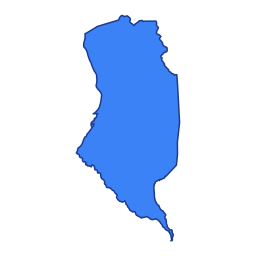 the district of Paratinga, Bahia, Brazil
{"feature_id": "56859067B27824203442391", "entity_name": "Paratinga", "entity_type": "district", "adm_level": 2, "iso_a3": "BRA", "parent_name": "Brazil", "parent_adm1": "Bahia", "projection": "mercator", "projection_center": [-43.076, -12.745], "detail": "fine", "context": "isolated", "style": "filled", "palette": "blue", "viewbox_px": 256, "rotation_deg": 0, "n_neighbors": 0, "source": "geoboundaries", "source_scale": "gbopen_adm2", "svg_char_len": 5456}
<svg xmlns="http://www.w3.org/2000/svg" viewBox="0 0 256 256"><path d="M171.1,240.6L172.1,240.6L172.5,239.8L172.2,238.4L172.5,237.5L172.8,236.4L173.3,235.4L173.0,234.3L172.8,233.4L172.1,232.4L172.1,231.6L172.2,230.9L171.7,230.0L171.0,229.8L170.1,230.1L169.3,229.1L168.8,228.4L168.0,227.9L167.6,227.2L167.3,226.5L167.1,225.4L166.7,224.4L166.4,223.4L166.4,222.6L166.3,221.2L166.2,220.0L165.9,219.1L164.9,218.6L164.8,217.8L164.9,217.0L165.3,216.0L165.7,215.1L165.2,214.0L164.6,213.1L164.0,212.6L163.6,212.0L163.0,211.0L161.8,210.4L160.7,209.6L159.9,208.2L159.5,207.4L159.1,206.3L158.8,205.4L157.6,204.9L157.1,204.0L156.6,203.4L156.2,202.8L155.9,201.9L155.3,200.8L155.0,199.6L154.7,198.4L154.5,196.8L154.4,195.8L154.4,194.9L154.4,194.1L154.3,193.0L154.2,192.0L154.1,191.1L154.0,189.8L154.0,188.6L153.8,187.7L153.9,186.9L154.0,186.1L154.3,185.2L154.3,184.1L155.0,183.5L155.2,182.5L155.5,181.7L156.5,181.2L157.4,180.9L158.1,180.3L159.0,179.9L159.5,180.4L160.1,179.4L160.8,179.6L161.6,179.3L162.3,178.7L163.4,178.5L164.6,177.8L164.9,176.9L165.1,176.2L165.9,176.3L176.4,165.2L177.5,154.4L177.4,141.8L178.4,133.1L179.4,124.0L179.6,122.5L179.0,112.2L178.3,98.2L178.2,97.2L177.5,83.7L176.8,74.8L175.9,74.6L175.2,75.0L174.3,75.1L173.8,74.2L172.6,73.8L171.8,73.5L171.2,72.9L170.4,72.1L169.5,71.6L168.7,70.7L168.4,69.5L167.4,68.6L166.5,67.7L165.7,66.8L164.9,66.1L164.3,65.4L164.6,64.3L164.0,63.3L163.2,62.1L162.6,61.1L161.9,60.6L161.6,59.8L161.7,59.1L162.1,58.1L161.5,57.4L160.8,56.9L161.0,55.8L161.7,54.9L162.5,54.6L162.9,54.0L163.4,53.2L164.2,52.7L164.8,52.1L165.9,52.1L166.9,51.4L167.2,50.3L167.1,49.2L167.1,48.4L166.9,47.6L166.2,47.1L164.9,46.6L163.9,46.0L163.3,45.4L162.9,44.6L162.6,43.5L162.4,42.6L161.9,42.0L161.3,41.3L160.7,40.4L160.0,39.9L159.5,39.2L159.7,37.9L160.4,37.3L160.8,36.5L160.2,35.7L159.4,35.0L158.4,34.5L157.3,34.2L156.7,33.3L156.4,32.7L156.6,31.6L157.2,30.3L157.7,29.2L158.3,28.1L158.2,27.2L157.3,26.3L156.7,25.6L156.4,24.8L156.6,23.5L156.6,22.7L156.4,21.8L155.8,21.1L144.6,21.2L143.6,21.5L142.8,20.9L141.9,20.4L141.1,20.7L140.3,20.7L139.6,20.7L138.8,21.3L137.8,22.2L136.7,23.0L135.7,23.7L134.8,24.3L134.5,25.1L133.8,25.4L132.8,24.6L131.9,23.6L131.0,23.1L130.2,22.5L129.6,21.7L130.3,20.2L130.3,19.4L130.1,18.5L129.5,17.6L128.5,16.9L128.0,16.4L127.3,15.9L126.4,16.0L125.6,16.4L124.7,16.4L123.6,16.3L123.0,15.8L122.1,15.4L121.0,16.0L120.4,16.5L120.0,17.2L119.5,17.9L119.1,18.7L118.8,19.7L118.1,20.2L97.5,26.4L95.7,27.5L86.1,33.3L85.1,33.6L85.1,34.3L85.1,35.3L85.1,37.2L85.0,38.4L84.6,40.1L83.8,43.0L83.6,44.8L83.7,45.7L83.8,46.6L84.2,47.5L85.2,48.3L86.2,49.8L87.3,52.5L87.8,54.8L88.7,57.6L89.0,58.5L89.5,59.8L90.3,61.6L91.2,63.0L91.4,64.1L92.0,65.7L92.4,66.9L92.8,67.8L93.5,69.2L94.2,70.9L95.3,72.4L96.2,74.1L96.7,75.6L96.6,77.2L96.8,78.3L96.9,79.8L96.9,81.0L96.7,82.7L96.4,84.3L96.1,85.3L96.4,86.9L96.9,87.8L97.5,88.6L98.5,89.9L99.5,90.8L100.6,92.3L101.4,93.9L101.6,95.5L101.4,97.1L101.1,99.5L100.6,102.8L99.9,105.1L99.5,106.7L99.0,107.9L98.4,108.8L98.1,109.5L97.5,110.1L96.8,110.8L96.3,111.4L95.2,112.5L94.6,113.1L92.8,113.8L94.6,113.8L95.4,113.7L96.5,113.6L97.4,113.6L96.9,114.4L96.7,116.2L96.3,117.2L95.6,118.0L94.5,118.4L94.8,119.1L94.0,119.9L94.2,120.8L93.3,120.9L92.7,121.3L92.1,121.8L91.4,122.4L91.2,123.5L91.0,124.7L91.3,125.8L91.8,124.9L92.2,124.2L92.8,123.6L93.8,123.8L93.9,124.9L93.4,125.8L92.9,126.3L91.9,127.8L91.3,128.8L90.7,129.6L89.8,130.7L89.2,131.6L88.3,132.8L87.4,133.6L86.9,134.6L86.6,135.7L85.7,136.7L84.7,137.3L84.2,138.4L83.9,139.3L83.5,140.0L83.2,140.8L82.9,142.0L82.5,142.8L82.2,143.6L81.7,144.5L81.2,145.3L80.5,146.1L79.5,147.1L78.9,147.4L78.2,148.0L77.9,148.8L77.6,149.6L77.6,150.5L77.1,151.3L76.9,152.2L76.4,152.9L77.2,153.7L78.1,154.2L78.9,154.5L79.4,155.6L79.5,156.7L80.4,157.6L81.4,157.6L82.1,158.2L82.7,158.7L82.4,159.4L82.5,160.6L83.0,161.6L83.7,161.9L84.9,161.9L85.7,162.1L86.0,163.2L85.5,164.0L85.8,164.7L86.8,164.7L87.2,165.6L88.0,166.0L88.8,166.0L89.6,166.0L90.4,166.3L91.1,166.8L91.6,166.1L92.0,165.0L92.8,165.0L93.5,165.5L94.4,166.5L94.5,167.6L94.8,168.7L94.8,169.6L95.6,169.9L96.6,169.9L97.3,170.7L97.6,171.5L97.4,172.3L98.0,173.1L98.8,172.8L99.6,172.7L100.1,173.4L100.8,174.0L100.7,174.8L100.7,175.6L100.9,176.9L101.3,177.8L101.7,178.6L102.4,179.1L103.2,179.6L103.8,180.0L104.3,181.0L104.8,182.0L104.5,183.0L104.7,184.1L105.5,184.6L106.0,185.5L106.4,186.8L107.1,187.6L108.3,187.5L109.5,188.0L110.5,188.0L111.0,188.9L112.1,189.9L113.0,190.5L114.0,190.9L114.5,192.0L115.2,193.1L116.2,194.0L117.1,194.7L116.9,195.7L116.6,196.8L116.8,197.7L117.0,198.4L117.8,199.3L118.6,200.4L119.6,201.2L120.5,201.4L121.6,201.9L122.4,202.1L123.8,201.6L124.8,201.0L125.4,202.0L125.9,203.3L126.0,204.2L126.5,204.8L127.4,205.5L127.8,207.0L128.8,208.1L129.5,209.2L129.9,210.1L130.5,210.7L131.4,211.0L132.4,211.9L133.1,212.0L134.0,211.5L135.1,212.0L135.5,213.2L135.9,214.3L136.6,215.3L137.7,215.9L138.6,216.2L139.3,216.8L140.3,217.3L141.4,218.0L142.2,217.3L143.2,217.6L144.0,217.4L144.8,217.1L145.9,216.9L146.5,216.5L147.4,216.9L148.7,217.7L149.7,218.3L150.2,218.9L150.9,219.3L152.1,219.6L153.2,219.6L154.3,219.2L155.1,219.1L156.5,219.0L157.2,219.6L157.9,220.0L158.7,220.8L159.4,221.4L160.1,222.2L160.6,223.2L161.5,224.1L162.2,225.0L162.5,225.8L162.7,226.8L163.4,227.0L164.0,227.4L164.6,228.1L165.1,228.9L165.9,229.7L167.0,230.4L168.3,231.0L168.8,231.9L169.6,232.5L169.8,233.4L170.5,234.3L171.0,235.4L171.0,236.3L171.1,237.0L171.3,237.8L171.5,238.9L171.7,239.8L171.1,240.6Z" fill="#3b82f6" stroke="#1e3a8a" stroke-width="1.5"/></svg>